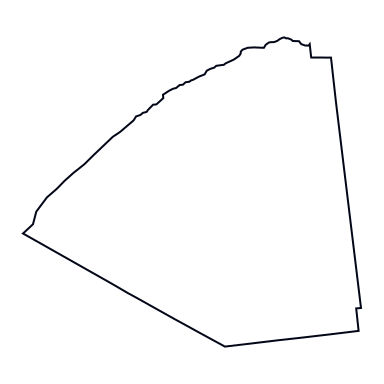 St. Lawrence, New York, United States of America
{"feature_id": "52423323B93912655119641", "entity_name": "St. Lawrence", "entity_type": "district", "adm_level": 2, "iso_a3": "USA", "parent_name": "United States of America", "parent_adm1": "New York", "projection": "natural_earth1", "projection_center": [-75.114, 44.533], "detail": "fine", "context": "isolated", "style": "outline", "palette": "ink", "viewbox_px": 384, "rotation_deg": 0, "n_neighbors": 0, "source": "geoboundaries", "source_scale": "gbopen_adm2", "svg_char_len": 1053}
<svg xmlns="http://www.w3.org/2000/svg" viewBox="0 0 384 384"><path d="M197.6,331.7L224.9,346.6L277.8,340.3L299.6,337.9L329.7,334.4L358.6,330.9L356.2,308.4L361.0,308.0L335.9,101.6L331.0,57.6L311.2,57.5L309.7,44.1L308.5,45.6L305.1,45.5L301.2,44.1L299.0,41.2L292.8,41.0L291.3,39.6L289.7,39.0L287.8,38.2L286.2,38.4L284.4,37.4L282.4,37.8L279.5,39.2L277.4,40.8L275.5,41.6L273.8,42.1L271.6,42.1L268.9,42.5L265.7,44.8L263.9,47.8L255.9,47.5L254.1,47.4L247.6,47.8L242.5,49.7L240.8,51.6L240.7,53.4L239.3,55.8L233.8,59.6L225.5,63.4L223.9,64.8L216.3,65.8L214.1,67.7L210.4,68.8L206.8,70.7L204.6,74.4L199.0,76.6L193.1,79.8L191.1,80.4L189.4,81.7L185.5,82.3L182.9,84.7L179.7,85.0L176.1,88.0L172.9,88.8L169.2,90.7L163.0,94.7L163.3,98.1L156.4,104.4L153.1,104.7L148.1,109.8L146.6,111.9L142.8,112.9L140.4,115.0L136.1,116.4L133.6,120.4L120.0,132.0L112.8,136.8L93.8,154.9L84.4,164.2L73.2,173.1L64.5,180.9L56.8,188.8L46.9,197.4L36.3,211.6L33.0,224.2L23.0,233.5L111.6,283.6L127.7,293.0L136.0,297.5L174.6,319.1L197.6,331.7Z" fill="none" stroke="#020617" stroke-width="2"/></svg>